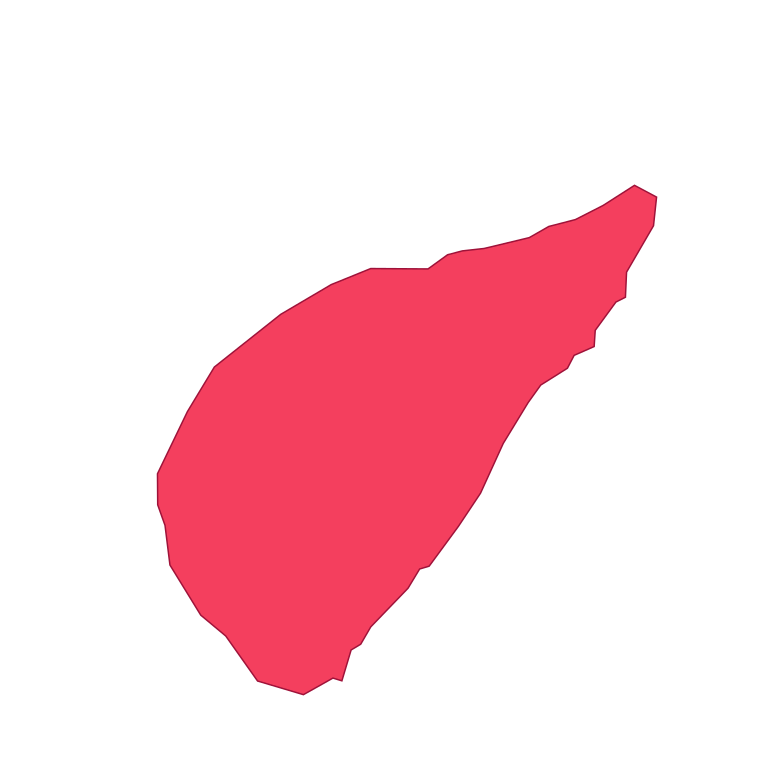 Kuttu, Federated States of Micronesia (Equal Earth projection), rotated 37°
{"feature_id": "79324940B89701258705978", "entity_name": "Kuttu", "entity_type": "district", "adm_level": 2, "iso_a3": "FSM", "parent_name": "Federated States of Micronesia", "parent_adm1": "", "projection": "equal_earth", "projection_center": [153.459, 5.455], "detail": "fine", "context": "isolated", "style": "filled", "palette": "rose", "viewbox_px": 768, "rotation_deg": 37, "n_neighbors": 0, "source": "geoboundaries", "source_scale": "gbopen_adm2", "svg_char_len": 707}
<svg xmlns="http://www.w3.org/2000/svg" viewBox="0 0 768 768"><g transform="rotate(37 384 384)"><path d="M510.3,312.0L509.8,290.5L521.0,261.0L518.6,246.7L529.3,227.6L520.4,214.0L519.9,179.0L524.6,169.4L510.4,148.7L504.0,95.4L489.2,70.7L464.5,74.6L451.5,109.6L437.9,137.5L420.8,159.0L411.9,179.7L382.4,215.5L366.4,230.6L357.0,242.5L349.9,265.6L303.9,299.8L282.0,336.4L259.6,390.5L238.3,472.5L243.6,524.3L257.1,592.0L276.0,616.7L294.2,628.7L322.0,657.4L376.8,678.9L409.3,680.5L461.8,697.3L506.6,680.6L520.2,649.6L529.0,646.4L517.8,616.2L522.0,605.8L519.6,585.9L526.1,532.6L523.8,510.3L529.7,502.3L529.1,452.9L526.8,413.1L515.0,359.7L510.3,312.0Z" fill="#f43f5e" stroke="#9f1239" stroke-width="1.5"/></g></svg>